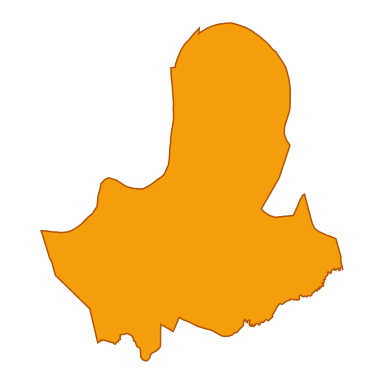 outline of Otatitlán, Veracruz, Mexico
{"feature_id": "50627088B35781734794767", "entity_name": "Otatitlán", "entity_type": "district", "adm_level": 2, "iso_a3": "MEX", "parent_name": "Mexico", "parent_adm1": "Veracruz", "projection": "robinson", "projection_center": [-96.022, 18.172], "detail": "fine", "context": "isolated", "style": "filled", "palette": "amber", "viewbox_px": 384, "rotation_deg": 0, "n_neighbors": 0, "source": "geoboundaries", "source_scale": "gbopen_adm2", "svg_char_len": 6001}
<svg xmlns="http://www.w3.org/2000/svg" viewBox="0 0 384 384"><path d="M342.9,270.1L341.7,264.6L340.9,261.0L340.9,256.8L339.5,251.6L335.9,238.8L333.3,237.6L329.9,236.2L326.2,235.0L323.3,233.6L319.4,231.9L317.1,230.5L314.4,228.1L312.1,223.1L304.5,194.2L304.0,194.4L303.1,195.1L302.2,196.1L301.4,197.8L300.1,199.8L296.8,207.9L294.9,212.1L293.2,215.5L289.3,215.9L288.4,216.1L286.5,216.2L284.9,216.2L282.1,216.7L278.6,216.9L275.4,217.4L273.0,216.5L271.4,216.3L268.3,214.7L264.4,212.1L262.5,210.3L261.4,208.8L279.1,178.0L290.0,145.3L289.5,144.7L286.5,140.3L285.4,137.4L284.2,133.7L284.4,128.8L284.9,125.3L286.1,121.8L289.1,112.2L289.9,108.4L290.1,102.8L290.3,92.0L289.9,85.9L288.9,79.2L287.3,72.6L285.7,67.2L283.0,62.6L275.8,51.9L272.2,48.8L268.2,43.9L260.2,37.0L256.0,34.0L252.1,31.1L246.0,27.7L238.2,24.9L231.8,23.0L225.5,23.3L219.2,24.1L214.7,25.3L211.1,26.5L207.1,28.2L206.7,28.5L200.0,32.6L198.7,33.7L199.3,28.1L192.7,35.1L189.7,39.0L188.9,40.1L187.5,41.2L184.8,44.0L183.7,45.9L182.6,47.4L180.6,51.1L177.6,58.0L175.6,64.3L175.0,67.5L171.8,67.6L170.9,67.8L171.1,74.9L171.5,79.2L172.0,83.5L172.5,88.6L173.3,100.0L173.5,103.9L173.2,109.1L173.5,112.9L173.5,118.9L172.6,126.3L171.8,129.5L170.9,136.8L170.6,142.0L169.9,147.7L169.2,159.9L168.4,165.0L167.1,167.7L166.1,170.0L164.9,172.8L163.6,175.0L161.4,176.9L159.7,178.1L156.7,180.1L154.0,182.4L150.0,185.1L147.0,186.9L142.8,188.9L139.1,188.9L134.0,188.5L128.1,187.1L124.8,185.7L120.2,182.6L116.6,180.3L112.3,178.9L109.3,178.0L107.4,178.2L104.3,180.0L100.9,183.7L100.7,186.3L99.9,189.5L98.8,193.1L98.0,196.6L97.1,206.5L92.0,214.1L89.0,216.3L85.5,219.7L82.0,223.5L79.1,225.9L75.2,228.5L71.5,230.6L68.7,231.6L66.5,232.1L60.6,232.6L57.0,232.1L52.2,231.9L47.6,231.1L44.6,230.9L41.1,230.8L42.4,234.4L49.7,258.3L50.6,259.7L52.0,262.4L53.1,267.2L55.3,274.7L55.4,275.3L89.8,308.8L97.8,342.9L98.5,342.6L99.5,341.4L100.5,341.3L100.8,340.2L104.7,340.4L106.6,340.9L108.4,341.6L111.0,342.1L112.3,342.7L113.2,342.7L114.2,343.9L115.2,344.2L116.9,341.8L117.8,341.8L118.5,341.0L118.8,339.7L120.2,339.6L120.4,338.4L119.8,337.3L120.5,336.3L120.1,335.5L121.4,334.4L123.1,334.5L124.8,334.1L126.4,333.5L128.2,333.9L132.1,336.0L133.6,339.5L133.6,340.8L135.3,341.6L135.7,343.3L137.0,346.5L139.6,347.9L140.3,349.3L140.8,357.0L142.5,359.6L146.3,361.0L148.0,360.0L149.5,358.3L150.1,356.3L150.7,354.6L151.2,353.7L152.5,352.8L154.3,352.0L155.9,351.2L158.2,349.2L159.3,348.2L160.4,346.3L160.5,344.9L160.5,343.5L160.6,339.9L160.5,331.4L160.8,327.8L160.9,324.4L169.2,329.1L173.0,331.5L174.3,328.9L175.5,326.0L177.7,321.2L179.1,317.5L179.7,317.3L180.6,318.0L181.5,318.8L182.8,319.5L184.5,320.3L185.9,320.7L189.4,322.1L192.6,323.7L194.0,324.6L195.9,325.4L196.4,325.7L197.4,326.2L198.4,326.6L201.0,327.2L203.6,328.1L206.7,329.0L208.5,329.4L209.7,329.7L211.1,330.3L212.3,330.7L213.8,331.4L216.0,332.7L218.2,334.0L219.9,334.9L221.3,335.6L222.8,336.1L224.5,336.4L226.9,336.3L229.4,336.0L230.7,335.4L232.1,334.9L233.0,334.3L234.1,333.0L234.7,332.8L236.4,332.7L236.8,332.5L237.4,332.0L240.1,328.7L240.7,328.1L242.0,327.0L242.6,326.3L243.0,325.6L243.5,324.9L243.5,324.0L243.5,323.2L243.5,322.6L243.6,321.9L244.1,321.2L244.3,320.6L244.5,319.8L244.8,319.5L244.9,319.4L245.4,319.7L245.9,320.8L246.3,322.2L246.5,322.4L246.8,322.6L247.1,322.6L247.5,322.6L247.7,322.2L247.8,321.0L248.2,320.6L249.5,320.0L249.7,319.9L250.0,320.1L250.0,320.4L249.6,322.1L249.6,322.8L249.3,323.4L249.3,323.6L249.6,324.0L249.4,324.6L249.3,324.8L249.6,325.2L250.0,325.4L250.7,325.4L250.8,326.1L251.2,326.4L251.5,326.3L251.6,326.2L251.7,325.5L251.8,324.9L252.3,324.3L252.7,324.4L252.7,324.7L252.6,325.6L252.8,326.1L253.0,326.5L253.5,326.6L253.9,326.6L254.7,325.8L255.4,324.9L255.5,324.2L255.8,323.8L256.6,323.9L257.5,323.7L258.1,323.5L258.3,324.2L258.8,325.0L259.6,324.9L260.3,323.9L260.5,322.9L260.5,322.4L261.1,322.2L263.1,322.4L263.7,322.1L264.1,321.9L264.3,321.5L264.3,321.0L264.5,320.6L265.0,320.3L265.6,320.0L266.5,319.7L266.9,319.7L267.5,320.2L267.9,320.7L268.3,320.8L268.6,320.7L270.5,318.8L271.3,318.0L272.3,317.3L272.5,316.9L272.7,316.5L272.3,315.1L272.5,314.6L272.9,313.8L274.1,312.3L274.8,311.2L276.6,307.8L277.2,306.8L279.1,304.2L279.6,303.8L280.2,303.6L281.6,304.2L282.6,304.1L283.4,303.5L285.1,302.0L287.5,300.8L289.1,300.5L289.9,300.1L290.9,299.4L291.3,299.2L292.1,299.3L293.5,299.5L294.0,299.9L294.4,299.9L295.1,299.7L295.9,299.7L297.9,300.1L299.1,299.4L299.4,298.6L299.5,298.1L299.2,296.8L299.6,295.9L300.1,295.5L300.6,295.2L301.1,295.3L301.6,295.6L302.3,296.5L302.8,296.6L303.8,296.7L304.4,296.5L304.9,296.2L305.5,296.2L306.4,296.7L306.8,296.8L307.0,296.6L307.3,296.2L307.8,295.9L308.6,295.6L309.5,295.9L310.3,295.9L311.3,295.4L311.8,295.1L312.2,293.2L312.5,293.0L313.0,292.8L313.4,292.6L313.6,292.1L314.0,291.9L314.3,291.8L314.5,291.6L314.7,291.4L315.2,290.2L315.4,290.0L315.8,289.9L316.1,290.1L316.4,290.7L316.6,290.9L316.9,291.0L317.2,290.9L317.4,289.2L317.6,288.7L317.9,288.6L318.3,288.7L318.9,289.4L319.3,289.4L319.5,289.2L319.6,288.6L319.2,287.5L319.4,287.3L319.6,287.2L319.9,287.3L320.4,287.8L320.8,287.8L321.0,287.3L321.0,286.7L322.0,286.3L323.3,286.2L323.5,285.9L323.5,285.0L323.4,284.6L323.1,284.3L322.6,284.1L322.3,283.9L322.0,283.5L322.0,283.1L322.3,282.8L323.6,282.9L323.9,282.6L324.2,281.6L324.1,281.1L323.9,280.7L323.5,280.3L323.5,280.0L323.6,279.6L323.9,279.5L324.8,279.6L325.2,279.5L325.5,278.9L325.5,278.3L325.4,277.9L325.3,277.5L325.3,277.1L325.5,276.8L326.2,276.5L326.6,276.0L327.4,275.3L327.8,274.7L327.9,274.2L328.0,273.7L327.5,272.4L327.6,272.2L327.9,272.0L328.4,272.0L329.4,272.5L329.8,273.1L330.2,273.4L330.8,273.1L331.2,272.8L331.5,271.0L331.8,270.3L332.2,269.8L332.7,269.8L333.1,269.5L333.9,268.6L334.1,268.5L334.5,268.5L334.9,268.9L334.8,269.3L334.9,270.1L335.3,270.2L335.7,270.2L336.1,270.0L336.5,269.4L338.1,268.4L338.8,268.4L339.1,268.6L339.1,269.1L338.9,270.2L339.1,270.6L339.5,270.6L339.9,270.2L340.1,269.6L340.3,268.0L340.4,267.7L340.9,267.4L341.4,267.3L341.9,267.5L342.3,268.0L342.4,268.8L342.5,269.4L342.9,270.1Z" fill="#f59e0b" stroke="#b45309" stroke-width="1.5"/></svg>